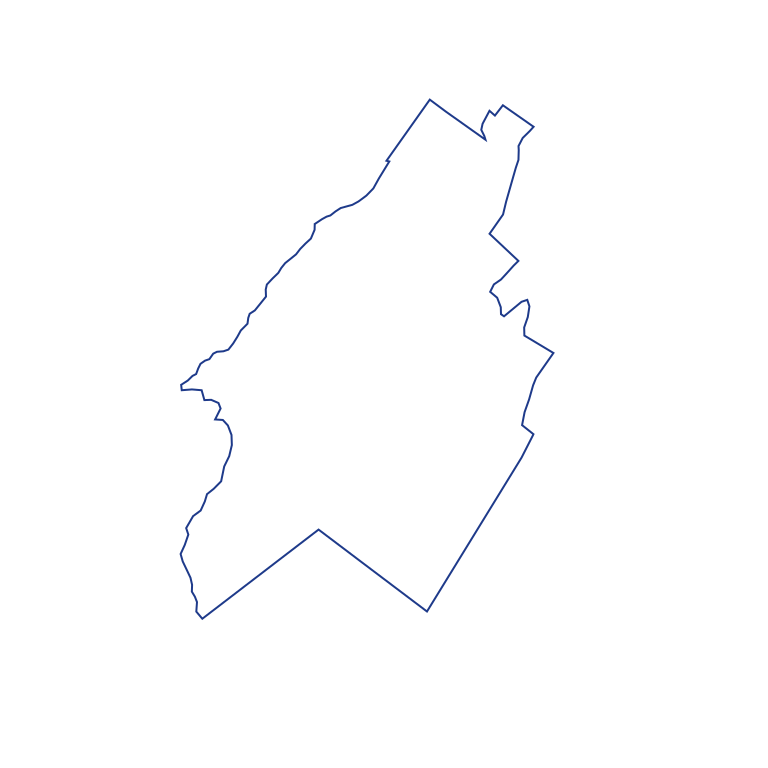 the district of Seremban, Negeri Sembilan, Malaysia, rotated 215°
{"feature_id": "92858781B89018388239971", "entity_name": "Seremban", "entity_type": "district", "adm_level": 2, "iso_a3": "MYS", "parent_name": "Malaysia", "parent_adm1": "Negeri Sembilan", "projection": "equal_earth", "projection_center": [101.966, 2.756], "detail": "fine", "context": "isolated", "style": "outline", "palette": "blue", "viewbox_px": 768, "rotation_deg": 215, "n_neighbors": 0, "source": "geoboundaries", "source_scale": "gbopen_adm2", "svg_char_len": 1734}
<svg xmlns="http://www.w3.org/2000/svg" viewBox="0 0 768 768"><g transform="rotate(215 384 384)"><path d="M398.2,87.5L354.1,227.2L304.6,225.4L299.3,225.2L260.2,223.8L218.3,222.3L229.1,402.6L232.5,426.9L232.8,428.6L247.3,429.5L252.7,441.6L256.3,454.6L261.1,468.4L263.0,476.6L263.0,489.6L263.0,506.6L296.8,504.2L301.6,510.7L304.6,521.3L309.4,531.0L314.9,535.1L318.5,530.2L324.5,508.3L328.2,508.3L332.4,513.9L340.8,519.6L349.9,520.4L351.1,528.6L348.1,536.7L346.9,545.6L345.7,555.4L344.5,561.9L383.7,567.6L383.7,581.4L383.7,591.1L388.5,603.3L395.8,624.4L400.0,636.6L402.4,644.7L407.8,652.9L410.3,656.1L411.5,665.1L409.7,674.8L409.0,680.5L446.5,680.5L447.1,667.5L454.3,668.3L452.5,653.7L450.1,648.0L444.1,644.7L441.0,642.3L489.1,642.6L509.6,643.2L510.0,568.3L507.3,569.3L506.1,549.6L504.9,538.1L506.5,528.2L509.6,518.9L512.7,512.6L520.4,503.3L522.7,497.6L524.6,491.3L527.0,488.2L529.3,483.5L532.5,475.3L532.4,475.2L529.3,470.5L527.3,461.2L528.9,453.9L530.1,446.6L530.4,439.8L534.3,426.3L534.7,420.1L534.3,414.4L535.8,406.6L537.0,398.3L535.1,393.6L530.8,387.9L532.0,370.2L534.3,364.5L533.1,360.3L530.4,355.1L532.0,345.7L531.2,338.5L530.8,330.7L531.2,322.9L534.3,318.7L539.3,314.6L541.3,310.9L541.3,304.2L544.0,300.5L545.9,295.3L545.1,290.1L543.6,284.4L545.5,280.8L546.7,274.3L549.7,267.0L546.1,262.9L538.2,269.4L529.8,274.3L521.9,267.8L516.5,271.9L508.7,273.5L503.8,270.2L502.0,258.1L495.4,262.1L488.1,260.5L479.7,254.8L473.6,246.7L469.4,236.1L467.6,224.8L461.6,210.9L463.4,200.4L465.8,192.3L463.4,185.0L461.6,175.2L464.6,166.3L463.4,152.5L457.9,148.4L454.9,137.9L453.1,128.1L447.1,123.2L438.6,118.4L431.4,114.3L426.0,109.4L422.3,103.7L416.9,101.3L412.1,98.1L407.2,89.9L398.2,87.5Z" fill="none" stroke="#1e3a8a" stroke-width="2"/></g></svg>